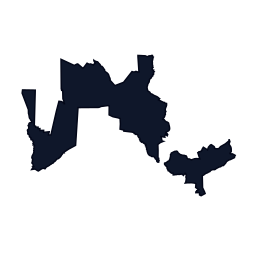 Sanctórum de Lázaro Cárdenas, Tlaxcala, Mexico (Albers equal-area conic projection), rotated 261°
{"feature_id": "50627088B96340121149658", "entity_name": "Sanctórum de Lázaro Cárdenas", "entity_type": "district", "adm_level": 2, "iso_a3": "MEX", "parent_name": "Mexico", "parent_adm1": "Tlaxcala", "projection": "albers", "projection_center": [-98.463, 19.523], "detail": "fine", "context": "isolated", "style": "filled", "palette": "ink", "viewbox_px": 256, "rotation_deg": 261, "n_neighbors": 0, "source": "geoboundaries", "source_scale": "gbopen_adm2", "svg_char_len": 5867}
<svg xmlns="http://www.w3.org/2000/svg" viewBox="0 0 256 256"><g transform="rotate(261 128 128)"><path d="M100.7,39.6L102.5,41.5L102.6,42.4L103.5,44.6L104.2,45.7L104.3,46.4L104.8,47.1L105.2,48.7L106.0,49.4L106.7,50.9L108.4,52.8L108.8,54.9L109.3,55.2L109.7,56.2L110.5,57.1L111.4,58.0L111.9,58.1L112.5,59.1L113.4,59.7L113.6,60.1L113.5,60.9L114.0,60.7L116.4,65.9L119.1,73.5L156.0,81.8L152.9,102.4L153.5,104.9L153.3,111.6L152.7,112.9L143.9,111.4L141.5,114.9L139.6,119.8L138.6,121.7L133.1,121.1L128.1,120.0L126.6,123.6L125.6,123.4L123.4,131.2L122.6,133.1L121.7,133.2L121.6,133.9L120.7,134.2L120.9,134.6L120.3,135.3L120.3,135.8L119.8,136.6L118.2,136.6L116.5,137.4L116.4,137.8L115.6,138.2L114.9,138.2L114.6,137.7L113.8,138.1L113.2,138.1L112.6,139.0L112.2,138.9L112.0,139.0L111.8,139.3L112.1,140.2L111.0,140.7L110.8,141.2L110.5,141.2L109.5,142.6L109.1,142.4L108.7,142.5L108.7,143.0L107.7,142.6L107.5,143.0L106.0,143.0L105.5,143.4L104.2,143.0L103.3,143.4L102.5,143.3L100.3,143.6L99.2,143.9L97.9,144.7L97.3,145.4L97.0,146.2L96.3,146.8L96.0,147.3L96.0,148.5L95.6,149.1L94.3,149.9L93.3,150.2L92.1,151.4L91.9,151.5L91.4,151.2L90.5,151.3L89.7,151.9L89.5,152.9L90.1,153.0L90.9,153.6L91.4,153.6L92.0,153.1L93.3,153.6L93.7,153.1L94.2,153.0L101.4,154.2L107.1,154.9L108.6,157.7L109.3,160.8L109.8,159.6L114.4,159.3L113.2,162.9L113.8,162.8L116.0,164.1L114.2,165.5L115.3,166.2L116.4,165.7L117.6,164.5L117.9,164.7L118.7,167.2L119.1,168.0L119.9,168.7L121.2,169.1L123.0,169.1L126.6,168.8L127.6,167.9L128.2,166.6L129.9,165.2L130.3,165.2L131.0,164.6L131.1,163.9L131.6,164.2L132.2,164.2L132.7,165.2L133.3,165.7L134.0,166.1L134.3,166.0L135.3,166.9L135.6,166.8L135.9,167.1L137.1,167.0L138.4,168.0L139.3,167.6L140.7,167.7L142.5,168.5L142.9,168.9L144.6,169.7L146.2,169.9L146.9,167.9L147.5,168.0L147.8,167.0L151.0,162.5L152.0,163.7L152.2,163.3L153.0,163.0L154.5,161.4L156.4,158.4L157.4,157.5L158.4,155.7L160.0,155.1L161.0,153.9L161.8,153.3L164.4,153.1L165.9,153.3L166.6,153.8L168.0,154.3L168.9,154.9L170.1,156.0L172.7,156.9L173.8,158.7L175.2,159.6L175.6,160.6L176.8,160.8L176.9,161.4L177.1,161.7L177.8,161.8L179.0,161.8L179.5,162.7L180.2,162.1L181.1,162.3L181.0,161.8L181.5,161.2L182.2,161.0L182.6,161.4L183.5,161.2L184.0,161.6L184.1,162.2L185.0,161.9L186.1,162.2L187.1,161.9L188.4,162.3L189.8,162.3L192.8,163.5L193.3,163.3L194.1,164.1L194.8,163.4L195.8,163.5L196.0,163.0L195.7,161.2L196.0,160.1L195.4,159.9L195.6,157.9L196.6,156.3L198.1,149.2L196.9,149.0L181.6,147.6L181.6,146.8L181.9,146.3L181.7,146.0L182.3,145.5L182.7,144.6L182.4,144.0L182.4,142.3L183.1,140.8L173.8,130.8L172.1,122.7L172.0,121.6L178.2,117.6L178.8,118.0L179.5,118.0L180.0,117.7L180.7,117.8L181.1,117.5L183.4,117.2L184.7,116.7L186.0,115.7L187.1,114.4L188.1,113.9L189.5,113.9L190.2,113.3L191.6,112.8L193.0,111.8L193.1,111.1L194.1,110.5L194.6,110.5L195.4,110.1L196.7,109.1L197.6,108.7L198.2,108.1L198.3,107.4L198.6,107.2L198.8,106.3L199.3,106.0L199.4,105.5L200.2,104.9L199.8,104.8L197.0,105.8L197.0,105.0L195.6,103.8L197.1,101.1L197.1,99.5L198.4,97.7L194.7,93.8L194.1,92.7L199.1,88.4L199.1,87.5L198.2,84.7L206.3,72.6L176.9,68.2L176.5,68.8L175.5,68.4L175.2,69.4L166.9,68.3L165.7,68.7L161.2,69.1L162.7,68.2L164.4,66.7L165.2,64.0L155.8,59.9L133.2,50.8L133.6,48.4L136.6,49.6L136.9,44.0L138.9,44.3L139.3,40.6L141.2,40.9L141.4,39.1L142.9,39.3L143.2,37.0L144.1,37.1L145.0,35.8L179.9,42.3L182.1,29.8L179.0,28.9L161.7,32.5L158.0,32.0L156.7,32.2L153.9,32.2L153.1,32.3L152.1,32.9L151.0,33.1L150.5,34.1L148.7,33.8L148.7,32.4L148.2,31.2L147.9,30.9L146.8,30.7L146.2,29.8L145.7,29.8L145.1,30.2L143.0,29.9L142.5,29.5L141.9,28.5L141.3,28.3L139.5,28.5L137.9,28.1L137.6,28.3L136.6,29.4L134.8,29.3L133.3,30.6L132.9,30.4L132.3,30.6L131.7,30.4L130.8,32.2L130.5,32.3L129.7,32.0L128.5,32.5L128.1,32.4L127.5,31.7L126.6,32.0L126.1,31.7L125.9,32.5L125.6,32.9L125.4,32.9L124.9,32.8L124.4,32.3L122.9,32.2L122.5,31.8L121.8,31.9L121.1,31.8L120.8,31.4L119.0,31.4L118.5,31.0L118.0,30.9L116.9,30.2L115.2,28.9L113.7,28.4L113.4,28.4L112.6,28.9L112.0,28.9L109.9,28.3L108.5,27.6L107.7,28.3L107.1,28.5L105.8,28.5L104.8,28.9L104.8,28.2L104.5,28.5L102.1,26.4L102.1,28.9L101.7,30.2L100.0,32.0L99.6,32.8L101.4,36.7L101.4,38.6L100.7,39.6ZM84.2,229.6L84.5,229.1L85.2,228.4L86.3,226.7L86.1,226.3L86.6,224.9L86.8,224.7L87.1,224.7L88.2,225.9L88.7,226.3L90.8,226.6L92.1,226.7L93.4,226.5L96.3,225.2L98.6,226.5L100.5,226.2L100.5,225.9L99.8,225.8L99.3,225.4L97.1,221.7L95.1,216.4L93.9,215.1L93.5,214.3L93.5,212.5L94.3,210.3L95.5,210.4L96.2,210.1L98.2,208.0L98.5,207.6L98.3,206.7L96.5,204.5L94.0,203.1L97.2,199.4L95.3,197.8L94.2,197.4L93.4,195.7L93.4,194.2L92.8,193.6L92.7,193.1L86.3,194.1L87.1,190.8L87.2,188.9L86.6,185.6L87.9,183.6L88.0,182.3L88.7,181.9L88.8,181.6L90.3,181.5L91.5,180.9L91.5,180.4L92.1,179.5L92.6,177.5L93.7,175.3L95.6,173.6L97.1,173.1L97.6,172.2L97.5,170.9L97.6,170.5L96.5,166.9L95.9,166.6L95.0,165.8L93.5,165.7L92.4,165.1L91.4,165.0L90.7,164.3L89.5,163.8L89.3,163.4L89.0,163.1L88.8,162.0L88.2,161.1L87.6,159.6L87.6,158.7L86.9,158.5L86.3,158.5L85.8,158.9L85.2,159.0L84.7,159.3L84.5,159.8L83.9,160.2L83.5,160.2L82.9,160.5L81.9,160.3L80.9,160.7L80.6,161.0L79.6,160.9L78.7,162.3L77.9,162.6L76.6,163.9L76.4,165.4L74.6,165.3L74.5,166.5L74.6,166.8L74.4,168.4L74.5,169.6L74.1,171.5L74.3,171.9L74.1,172.5L74.2,174.0L73.4,174.4L73.0,175.2L72.6,175.4L74.4,177.3L73.8,177.9L73.2,177.8L72.4,178.3L70.5,177.5L69.0,177.7L65.8,176.7L64.7,175.9L64.6,177.9L64.0,182.3L63.1,185.4L62.1,186.4L58.7,185.5L56.2,188.2L55.3,186.0L53.8,185.7L54.1,185.0L53.5,184.9L53.0,188.5L50.7,188.2L49.7,189.6L51.2,193.9L52.9,193.6L57.4,192.3L69.3,193.9L69.8,195.6L70.5,196.5L70.6,197.1L71.0,197.8L71.4,199.8L71.9,200.5L72.1,201.9L73.1,203.1L73.6,204.3L73.5,206.5L73.3,207.1L73.7,208.1L74.0,208.4L75.2,211.9L75.3,213.5L75.9,214.4L76.1,215.3L76.0,216.4L78.0,218.9L79.4,220.0L79.7,220.6L80.6,222.6L80.8,224.2L82.1,228.5L83.4,229.0L84.2,229.6Z" fill="#0f172a" stroke="#020617" stroke-width="1.5"/></g></svg>